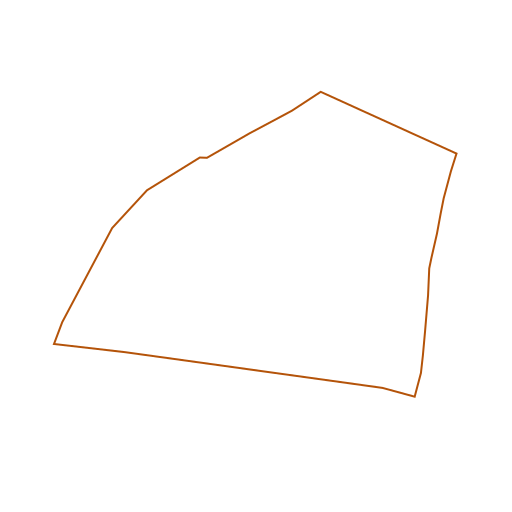 the district of George Charles Boulevard, Castries, Saint Lucia, rotated 84°
{"feature_id": "8701671B10607749601803", "entity_name": "George Charles Boulevard", "entity_type": "district", "adm_level": 2, "iso_a3": "LCA", "parent_name": "Saint Lucia", "parent_adm1": "Castries", "projection": "equal_earth", "projection_center": [-60.987, 14.005], "detail": "fine", "context": "isolated", "style": "outline", "palette": "amber", "viewbox_px": 512, "rotation_deg": 84, "n_neighbors": 0, "source": "geoboundaries", "source_scale": "gbopen_adm2", "svg_char_len": 479}
<svg xmlns="http://www.w3.org/2000/svg" viewBox="0 0 512 512"><g transform="rotate(84 256 256)"><path d="M412.5,112.9L409.6,111.8L400.9,108.5L389.6,104.2L372.7,100.5L348.9,95.8L313.2,89.0L286.4,85.0L276.1,81.7L252.7,73.7L232.7,67.8L218.2,63.3L192.1,53.3L175.1,45.9L99.5,174.5L115.3,205.2L133.2,249.3L153.2,294.5L152.2,301.6L179.2,357.5L213.1,396.1L301.5,455.6L322.4,466.1L338.0,396.1L371.8,259.5L400.4,144.0L412.5,112.9Z" fill="none" stroke="#b45309" stroke-width="2"/></g></svg>